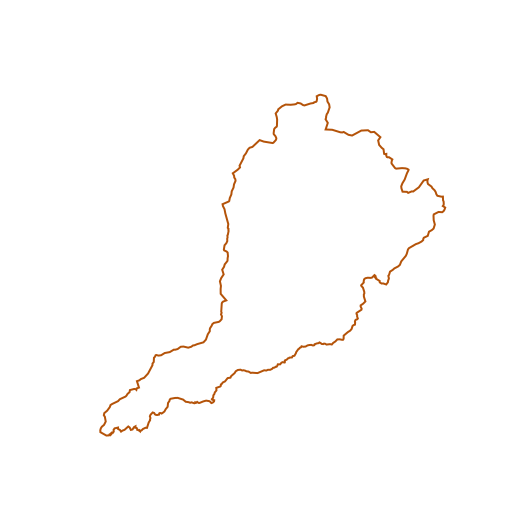 Maguri-Racatau, Cluj, Romania (Natural Earth projection), rotated 165°
{"feature_id": "2599482B1703005925744", "entity_name": "Maguri-Racatau", "entity_type": "district", "adm_level": 2, "iso_a3": "ROU", "parent_name": "Romania", "parent_adm1": "Cluj", "projection": "natural_earth1", "projection_center": [23.167, 46.571], "detail": "fine", "context": "isolated", "style": "outline", "palette": "amber", "viewbox_px": 512, "rotation_deg": 165, "n_neighbors": 0, "source": "geoboundaries", "source_scale": "gbopen_adm2", "svg_char_len": 6110}
<svg xmlns="http://www.w3.org/2000/svg" viewBox="0 0 512 512"><g transform="rotate(165 256 256)"><path d="M176.2,393.2L178.1,392.4L179.7,392.5L183.4,393.1L188.2,394.6L192.1,393.9L196.6,391.9L197.1,390.8L200.1,388.6L200.0,384.8L200.3,382.2L202.1,376.3L202.5,375.6L204.3,374.9L205.6,373.9L207.2,370.0L207.3,369.0L206.3,367.0L205.9,365.1L206.0,364.0L206.9,362.8L209.9,360.9L210.7,360.8L218.9,364.5L222.5,367.0L231.2,362.3L234.2,362.2L236.3,360.9L239.2,357.7L242.0,355.6L242.9,353.6L248.5,347.5L248.5,345.7L251.3,344.1L257.0,341.9L256.4,339.2L256.7,337.4L256.1,335.6L256.3,333.9L258.7,330.9L260.0,327.9L262.7,324.8L263.9,321.8L266.3,318.8L267.6,316.1L268.2,315.7L274.9,314.7L275.0,312.7L274.3,309.4L274.6,305.1L274.5,294.0L276.0,290.5L275.5,289.2L276.0,288.4L276.0,287.3L277.7,283.8L278.3,283.3L278.7,281.2L279.3,280.3L279.9,277.8L281.4,276.0L283.6,274.5L285.4,270.5L285.3,269.7L283.2,267.9L282.5,266.7L283.1,263.1L284.0,261.2L284.6,259.2L285.0,258.5L288.4,256.0L289.7,253.8L292.2,251.5L292.0,246.6L295.3,243.7L297.4,240.9L297.6,236.2L298.7,233.3L299.9,228.6L296.2,220.8L299.5,220.5L300.8,219.8L301.4,218.9L304.0,211.2L303.9,210.0L304.9,208.7L304.5,206.6L305.6,203.8L307.8,202.4L309.0,202.0L314.0,202.3L315.8,201.5L316.9,200.1L319.1,198.1L319.6,197.2L320.1,195.3L322.8,192.9L326.0,188.2L329.1,186.2L335.6,186.1L338.5,185.7L340.0,185.9L342.0,185.1L345.2,185.0L349.5,187.3L352.2,187.8L355.8,186.4L358.4,186.4L359.6,186.8L364.2,185.5L369.3,185.9L373.3,184.7L375.9,185.0L378.0,186.2L378.7,186.1L379.6,184.9L380.9,184.1L382.2,180.1L383.8,178.9L384.3,177.3L390.7,170.4L395.6,167.3L399.1,166.9L400.8,166.1L403.4,165.9L403.1,159.2L405.5,159.0L406.2,157.7L406.7,158.5L408.0,159.1L412.5,159.1L413.4,157.2L415.7,156.1L417.3,154.6L418.4,154.0L424.6,152.9L426.8,151.5L433.2,150.3L435.1,149.7L436.3,147.9L439.8,145.1L443.2,143.5L444.2,141.6L443.6,139.8L444.0,135.0L446.5,132.2L449.1,131.0L450.5,129.7L451.5,128.0L451.9,126.1L447.0,121.3L444.6,120.8L443.9,121.4L443.2,120.6L442.1,121.2L442.0,121.5L442.2,122.1L440.9,122.8L440.6,122.6L440.1,122.7L440.0,122.3L439.3,122.8L438.8,123.4L438.6,124.9L437.2,126.1L433.7,126.0L434.1,124.8L432.4,123.1L431.8,121.3L430.2,121.9L428.0,122.1L423.5,124.4L422.4,123.0L421.9,120.4L420.2,120.4L418.1,122.3L416.5,122.7L416.9,121.3L415.8,120.8L415.5,119.3L415.7,118.9L414.5,118.1L413.5,116.8L413.3,117.6L412.7,117.0L411.8,117.1L409.9,118.2L408.7,118.4L407.1,118.7L405.8,118.2L402.7,123.0L400.8,124.8L400.8,125.3L399.9,126.8L400.0,128.7L398.9,130.0L396.3,131.6L395.0,130.7L394.6,129.2L393.7,128.4L392.6,128.0L390.7,127.9L390.2,129.0L389.4,129.2L388.4,128.8L388.1,128.3L387.3,128.4L384.7,129.5L382.9,131.4L380.4,133.2L379.0,136.8L377.2,138.3L376.4,139.7L375.4,140.2L370.7,139.8L368.3,139.2L363.6,136.2L361.6,133.4L358.8,132.2L357.6,131.3L356.1,131.3L353.7,129.7L352.2,129.7L352.2,130.2L351.6,129.8L350.6,130.3L349.6,129.0L348.5,128.7L344.5,129.2L341.6,129.2L338.9,128.0L338.0,127.2L337.2,125.5L337.0,125.4L335.2,125.8L334.1,126.5L333.7,127.5L335.5,128.5L335.7,129.1L334.1,130.2L333.2,132.5L332.0,133.4L331.1,134.9L329.0,136.4L328.5,138.9L324.3,139.2L323.6,139.7L323.2,141.0L322.0,141.4L320.9,142.4L318.4,142.9L315.0,145.4L312.2,145.1L311.1,146.4L307.0,148.4L305.4,149.9L303.1,150.6L300.4,150.2L299.0,149.0L297.7,148.9L296.2,148.1L295.1,147.1L293.1,146.3L291.3,144.4L290.0,144.3L284.8,142.5L277.7,143.5L275.7,142.7L273.9,143.0L271.7,142.4L269.4,142.9L268.5,143.6L267.0,143.4L265.5,144.0L264.8,143.7L263.7,144.6L263.0,145.7L260.7,145.1L259.1,146.3L257.9,146.6L255.9,145.7L255.5,146.1L255.4,147.3L255.0,147.7L253.2,147.9L251.5,148.9L250.7,148.8L250.0,149.2L247.5,148.7L246.5,149.8L244.7,149.7L242.6,151.8L242.1,152.7L239.2,155.1L238.2,155.3L237.5,156.0L236.1,156.2L235.4,157.0L233.8,156.1L231.5,155.7L229.4,156.3L227.4,156.2L225.5,155.8L224.5,155.0L223.3,154.7L222.7,154.8L222.2,155.6L219.7,155.8L218.0,155.6L217.1,156.1L216.1,155.2L215.4,154.1L213.9,153.5L213.0,153.8L211.9,153.3L210.8,152.2L207.3,151.7L205.7,150.9L203.9,152.1L201.5,152.9L199.0,154.4L196.6,153.8L194.4,152.7L193.5,152.6L192.8,153.4L191.9,156.4L187.0,158.7L184.4,159.5L182.5,160.8L180.9,163.4L179.7,164.0L178.2,164.1L177.5,165.9L177.5,166.8L176.8,168.1L176.0,168.6L174.5,168.7L173.8,169.3L174.0,171.3L173.6,172.7L173.9,174.2L173.5,175.0L168.1,176.8L167.6,177.7L168.0,180.2L167.7,181.2L164.9,182.2L162.1,183.8L162.3,188.8L161.8,190.9L161.0,191.9L160.7,193.5L160.9,197.8L161.9,199.5L162.0,200.5L158.8,202.5L158.5,203.8L157.6,205.5L156.1,206.2L153.7,206.1L151.0,205.2L149.6,205.1L146.5,206.9L145.4,205.4L146.4,206.0L146.7,205.5L146.7,205.0L145.8,204.5L146.2,203.8L146.1,203.3L145.6,203.1L145.7,202.7L143.0,199.9L143.3,198.9L143.2,198.4L141.8,196.9L140.3,196.6L137.6,194.8L135.4,196.5L134.6,198.3L134.0,199.0L133.4,200.1L133.3,202.6L132.4,203.3L130.6,206.2L127.5,207.2L125.6,208.2L121.5,209.1L119.3,210.2L117.1,213.2L111.2,217.4L109.8,219.1L107.5,223.0L106.2,224.0L98.5,226.1L95.7,226.3L92.4,227.1L90.4,228.1L90.0,229.2L89.2,230.2L84.9,231.0L82.6,234.7L79.5,235.5L77.4,236.5L75.1,240.1L75.1,244.6L74.1,249.0L73.5,250.2L68.3,251.3L64.8,250.1L63.2,250.8L61.9,252.0L60.7,253.8L62.6,255.9L61.5,256.8L61.1,258.0L60.7,260.0L60.9,261.4L60.1,265.0L61.5,265.3L65.2,267.2L65.8,269.0L65.9,271.3L66.5,273.3L68.1,275.9L68.5,277.6L71.2,281.0L71.3,282.5L71.0,284.3L70.2,285.6L74.5,285.5L80.9,280.2L87.5,277.6L88.8,278.1L92.7,277.6L93.6,278.9L97.8,280.2L98.0,283.7L97.7,285.7L95.8,288.3L92.6,291.4L88.8,296.8L86.5,299.4L86.3,299.9L87.3,301.0L89.0,302.0L92.2,303.1L98.0,304.1L98.9,304.9L101.1,310.2L101.0,311.1L100.1,313.0L99.3,314.0L102.0,317.0L103.2,317.2L104.0,317.8L104.2,319.2L103.7,320.9L105.0,321.0L105.8,321.5L105.2,326.1L106.6,328.0L108.3,331.4L108.1,336.0L105.1,338.6L109.7,345.3L113.0,345.8L115.3,348.5L121.8,349.9L132.0,347.5L135.3,349.1L139.2,353.1L140.6,353.0L142.4,353.6L149.7,358.2L156.0,360.2L152.2,366.0L153.4,370.1L152.5,371.4L152.3,372.3L151.0,374.6L149.5,375.9L146.4,380.5L146.1,383.6L147.0,386.7L146.6,389.7L147.3,392.4L151.7,395.0L153.2,395.2L156.0,394.6L156.3,392.0L157.4,389.8L157.9,389.4L160.1,389.4L160.8,388.9L163.9,389.2L170.2,388.9L171.5,389.6L173.4,391.8L176.2,393.2Z" fill="none" stroke="#b45309" stroke-width="2"/></g></svg>